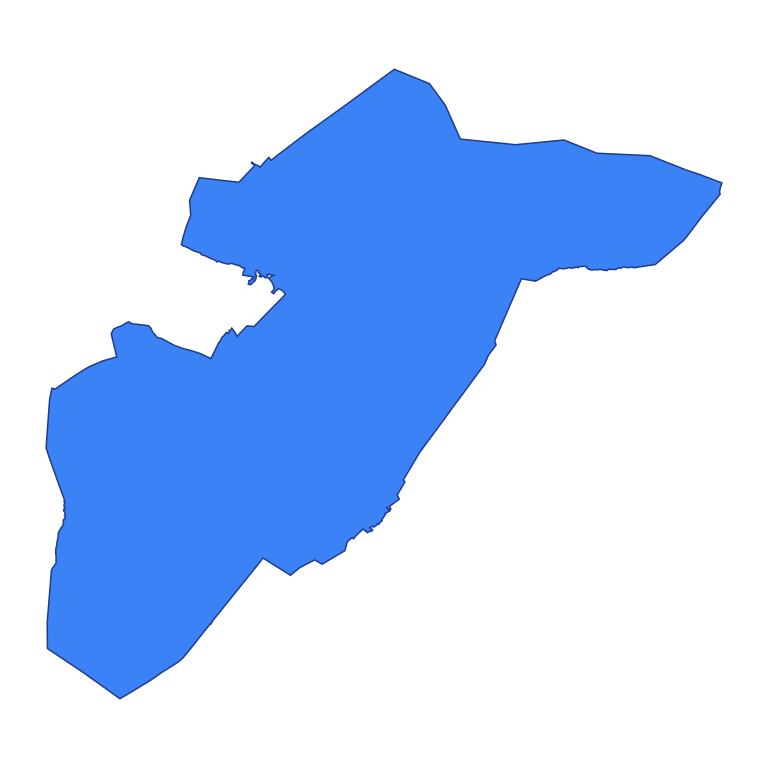 outline of Sel nor, Oppland, Norway
{"feature_id": "86288312B5494531478451", "entity_name": "Sel nor", "entity_type": "district", "adm_level": 2, "iso_a3": "NOR", "parent_name": "Norway", "parent_adm1": "Oppland", "projection": "orthographic", "projection_center": [9.379, 61.759], "detail": "fine", "context": "isolated", "style": "filled", "palette": "blue", "viewbox_px": 768, "rotation_deg": 0, "n_neighbors": 0, "source": "geoboundaries", "source_scale": "gbopen_adm2", "svg_char_len": 5940}
<svg xmlns="http://www.w3.org/2000/svg" viewBox="0 0 768 768"><path d="M596.8,153.2L564.0,140.0L515.5,144.7L460.6,139.1L460.1,138.4L445.3,105.2L429.5,83.7L394.3,69.3L342.1,107.6L306.7,133.0L277.8,155.0L271.0,160.4L268.9,157.4L264.4,162.1L260.1,167.2L258.7,166.0L256.2,164.8L254.9,164.3L251.8,162.2L251.5,162.6L251.6,163.1L252.1,163.6L252.6,164.0L255.1,165.1L239.0,182.2L221.2,180.3L199.3,177.7L189.6,200.2L190.7,215.3L186.5,226.0L183.1,237.3L181.4,244.7L183.7,246.2L185.0,246.4L188.9,248.3L194.4,251.1L200.3,253.0L201.4,254.7L205.8,256.0L210.3,258.3L215.2,260.2L217.0,262.0L218.7,261.1L221.6,262.5L227.9,264.1L231.9,263.4L236.5,265.1L237.6,265.0L239.8,266.0L241.7,267.3L243.0,268.0L244.9,268.3L243.3,272.2L242.7,275.1L253.9,277.0L253.1,278.6L252.1,278.4L251.5,278.8L251.9,279.3L251.4,279.7L250.5,280.2L250.0,280.3L248.8,280.8L248.7,281.4L249.0,282.6L248.9,283.4L248.3,284.0L249.6,284.6L250.3,284.7L251.3,284.3L252.5,282.8L254.7,281.2L255.2,280.3L256.0,278.6L256.1,276.9L256.7,275.7L255.5,274.9L256.3,270.4L257.2,270.3L258.4,270.7L258.6,270.9L258.7,271.2L258.8,272.0L258.5,272.7L258.9,272.8L259.4,273.1L259.9,274.0L260.6,274.4L259.3,276.2L260.8,277.2L262.0,275.5L262.3,275.9L262.8,276.3L264.2,276.8L264.7,277.4L265.4,277.7L266.7,277.9L266.8,277.2L267.1,276.3L266.9,274.9L267.3,274.8L267.5,275.3L268.0,275.2L267.8,274.8L267.8,274.6L268.5,274.4L269.5,274.3L273.5,275.3L268.4,277.9L271.9,282.1L272.4,283.1L272.7,284.1L273.6,285.6L273.7,286.6L273.6,287.0L273.8,287.4L274.1,288.5L274.0,289.5L271.5,292.1L273.7,293.7L275.8,290.9L276.4,290.6L278.0,289.2L278.3,288.7L279.9,289.2L282.4,290.7L284.7,293.2L285.4,294.4L254.1,326.4L247.0,325.9L238.7,334.5L237.3,336.6L234.6,331.9L231.8,328.1L231.2,329.1L230.2,330.1L229.2,330.4L229.1,330.8L229.1,331.3L229.3,332.0L228.4,333.4L228.2,333.5L227.4,333.0L227.1,332.8L227.1,332.6L226.3,332.5L225.6,333.3L224.5,335.0L223.9,335.5L222.9,336.6L222.2,337.1L221.0,339.2L220.1,341.2L218.7,342.8L212.0,356.4L210.7,358.5L200.9,353.8L190.3,350.3L183.8,348.8L174.2,345.3L161.1,338.2L157.6,337.8L152.6,332.0L150.7,327.8L148.5,325.7L136.0,324.1L133.8,324.1L131.1,323.3L130.4,323.6L130.2,322.9L129.7,322.1L129.1,321.9L128.6,321.9L126.7,322.8L125.9,323.0L123.0,325.0L120.8,326.1L118.0,327.0L113.8,328.9L113.1,329.9L112.1,332.2L111.4,333.0L111.6,335.5L116.7,356.9L102.4,361.0L89.2,366.7L87.2,367.8L75.9,374.8L54.7,389.3L54.3,388.9L53.6,388.7L53.0,388.2L51.9,388.3L49.6,399.3L46.1,448.1L47.0,450.6L49.0,456.8L61.4,491.6L64.6,500.2L64.2,500.6L64.1,500.9L64.0,501.3L64.3,501.5L64.5,501.8L64.5,502.1L64.4,502.6L64.8,503.3L63.9,505.3L64.3,506.1L64.2,506.6L64.8,507.2L65.0,507.7L65.1,507.8L65.3,508.5L64.5,509.1L63.9,509.1L64.0,509.3L64.0,509.5L63.8,509.9L63.6,510.8L64.0,511.4L64.5,511.6L64.8,512.0L64.9,512.5L64.8,512.9L65.0,513.1L65.0,513.3L65.2,513.7L65.3,514.1L65.2,514.4L65.0,514.7L65.0,515.2L64.8,515.3L65.0,515.4L65.0,515.9L65.2,516.0L65.1,516.4L65.4,516.7L65.2,517.2L65.0,518.0L64.4,518.5L64.1,519.3L63.7,519.6L63.1,520.4L63.1,520.6L63.2,520.9L63.8,521.6L63.4,522.3L63.4,522.6L63.2,523.0L63.2,523.3L63.1,523.8L63.0,524.7L62.6,525.5L62.1,526.7L61.5,527.6L61.3,527.7L61.4,527.8L60.9,528.4L60.8,528.6L59.1,531.0L58.8,532.3L58.2,533.5L58.1,534.7L58.3,535.8L58.3,536.3L58.0,537.0L58.0,537.6L57.9,538.2L57.6,538.8L57.4,540.7L56.8,543.2L56.9,544.3L56.2,547.0L55.7,550.1L55.8,551.6L55.7,553.2L55.9,555.3L56.1,556.1L56.1,557.7L56.0,558.8L56.1,562.1L55.9,563.3L54.7,565.1L54.1,566.2L52.5,568.0L51.8,569.5L51.4,570.8L47.2,622.5L47.4,648.5L83.8,672.9L119.9,698.7L128.8,693.5L151.6,679.6L162.6,671.9L177.4,662.6L182.6,658.3L191.6,647.4L200.1,636.5L210.2,624.0L211.0,624.1L211.8,622.6L211.5,622.3L263.1,558.1L290.4,575.3L300.0,567.5L314.7,559.9L322.1,564.2L344.9,550.7L347.2,542.0L351.9,537.6L353.6,538.8L355.0,536.9L354.8,536.8L357.7,534.0L363.2,529.0L364.7,530.5L365.0,530.3L365.4,530.9L366.3,531.6L366.7,532.3L367.1,532.7L368.5,532.0L370.1,531.4L370.8,531.3L371.9,530.9L372.7,529.9L371.3,528.9L371.1,529.0L369.7,527.7L372.7,526.2L373.6,527.2L376.4,525.4L376.8,524.6L377.4,524.0L378.1,524.4L379.0,524.1L379.2,523.4L382.0,520.8L381.5,520.3L385.6,514.1L385.2,513.3L389.5,511.2L386.8,507.6L387.0,507.3L387.6,508.3L389.5,510.3L390.0,510.3L390.0,510.0L390.7,509.4L390.7,508.3L389.4,506.4L399.3,499.1L397.2,495.0L404.9,482.0L404.5,481.1L403.9,480.6L403.4,479.8L419.9,452.1L445.9,416.9L451.5,409.0L463.6,392.8L465.1,390.7L484.3,364.6L488.5,355.1L496.1,344.9L494.7,340.7L521.4,278.8L535.4,281.1L535.7,280.5L536.2,280.5L536.7,280.7L539.2,279.1L542.2,277.6L542.8,277.0L543.2,276.7L544.8,276.3L546.3,275.4L546.8,275.0L549.2,274.4L550.1,274.1L550.9,273.6L552.8,271.7L553.8,271.7L554.5,271.0L555.1,271.1L556.7,270.3L557.6,269.6L557.8,269.0L558.2,268.8L558.3,268.3L559.7,268.4L560.2,268.5L561.6,268.5L562.0,268.7L563.4,268.6L564.0,268.8L564.7,268.6L566.3,268.5L568.8,267.4L569.6,267.6L570.4,268.2L571.0,268.3L571.5,268.2L571.9,267.8L573.5,267.9L574.3,267.4L574.8,267.7L575.6,267.3L577.5,267.3L577.9,267.7L578.4,267.7L578.6,266.9L579.8,266.2L580.7,266.7L581.3,266.7L581.7,266.5L582.2,266.4L585.6,266.3L586.0,266.6L586.7,266.7L587.0,267.3L586.9,267.9L587.3,268.3L587.9,268.6L588.5,269.2L589.6,269.3L590.1,269.5L590.4,269.8L590.8,269.9L593.0,270.0L595.6,269.6L596.9,269.8L598.9,269.8L599.3,269.4L600.0,269.3L602.6,269.9L603.5,270.2L605.9,270.4L606.7,270.3L607.1,270.6L608.7,269.3L609.3,269.2L609.7,269.1L611.2,269.6L611.7,269.3L612.3,269.3L615.7,269.6L616.7,269.0L618.3,267.7L618.9,267.9L619.9,268.0L620.3,268.3L620.8,268.2L623.0,267.1L623.7,266.9L624.5,266.9L625.4,267.4L626.0,267.2L627.5,267.6L629.1,267.6L629.7,267.7L630.1,267.6L631.1,266.9L631.7,266.8L632.6,267.1L633.0,267.6L633.7,267.5L634.3,267.7L634.7,267.4L635.3,267.7L636.0,267.4L655.3,264.5L683.5,240.5L686.8,236.6L701.9,216.6L720.1,194.3L720.1,194.0L719.8,192.9L719.6,192.1L719.6,191.1L719.8,190.4L720.0,189.8L720.5,187.0L721.1,185.9L721.3,185.5L721.2,184.5L721.8,183.5L721.9,182.9L701.0,175.0L686.2,170.0L650.0,155.7L596.8,153.2Z" fill="#3b82f6" stroke="#1e3a8a" stroke-width="1.5"/></svg>